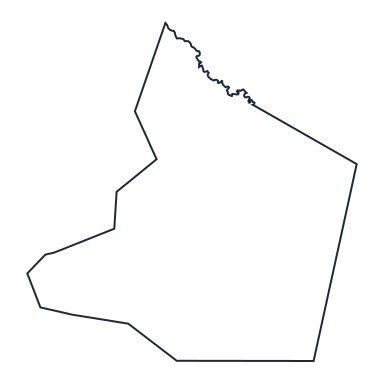 outline of Kainanatu District, Eastern Highlands, Papua New Guinea
{"feature_id": "67681753B29556691348440", "entity_name": "Kainanatu District", "entity_type": "district", "adm_level": 2, "iso_a3": "PNG", "parent_name": "Papua New Guinea", "parent_adm1": "Eastern Highlands", "projection": "mercator", "projection_center": [145.899, -6.248], "detail": "fine", "context": "isolated", "style": "outline", "palette": "slate", "viewbox_px": 384, "rotation_deg": 0, "n_neighbors": 0, "source": "geoboundaries", "source_scale": "gbopen_adm2", "svg_char_len": 1717}
<svg xmlns="http://www.w3.org/2000/svg" viewBox="0 0 384 384"><path d="M27.3,273.4L40.4,307.4L72.3,314.7L128.3,323.7L176.7,360.8L313.6,361.0L341.3,234.6L356.7,164.1L253.0,104.9L253.9,104.7L254.5,102.7L253.8,102.1L252.9,102.1L252.4,101.6L252.0,100.5L251.5,100.0L250.8,100.0L250.6,100.2L250.1,100.9L250.1,102.0L249.7,102.7L249.2,102.7L248.8,102.3L248.5,101.3L248.7,99.7L249.5,98.8L249.7,97.7L248.8,96.8L247.6,96.8L246.3,97.4L244.9,97.2L244.2,96.3L244.2,94.7L244.9,93.8L246.6,92.9L244.5,91.1L244.1,90.2L243.4,89.5L242.9,89.5L240.6,90.8L239.7,90.8L238.8,90.4L237.6,90.4L236.9,91.3L237.4,92.2L238.5,92.6L238.6,92.9L238.6,93.7L238.1,94.4L236.7,94.4L232.4,93.9L232.1,94.2L232.1,95.8L231.4,96.0L229.6,95.0L228.7,94.8L228.1,94.1L227.8,92.1L227.1,91.2L226.9,90.0L228.6,88.4L229.0,87.5L228.8,87.1L228.3,86.6L227.2,86.6L225.8,87.2L224.7,86.5L223.1,84.8L222.2,83.2L222.2,81.1L221.7,81.0L219.7,82.7L218.6,82.9L217.9,82.8L217.9,80.7L216.8,79.9L215.8,79.7L213.5,80.5L212.9,79.9L210.8,79.2L208.3,76.7L207.6,74.7L208.7,72.8L207.3,71.1L205.8,71.7L204.3,71.9L203.4,71.0L203.1,68.7L202.4,67.4L202.3,66.0L201.3,65.5L199.1,67.0L199.1,63.4L200.5,63.0L201.1,62.3L200.5,61.7L199.3,61.4L198.5,60.8L198.4,60.7L196.4,57.5L196.4,56.6L197.1,55.9L198.7,55.9L199.8,54.6L199.8,53.5L199.3,51.3L197.0,51.1L194.0,47.7L192.3,47.0L191.2,45.9L190.9,44.3L190.1,42.7L188.8,41.6L187.8,41.1L184.7,41.1L183.7,39.5L183.1,39.0L179.7,38.3L178.7,38.3L176.8,38.4L176.2,37.1L175.4,35.4L175.3,35.1L174.9,32.8L173.8,30.9L171.9,30.7L170.6,30.1L169.9,29.8L168.8,28.7L168.3,28.2L167.0,24.8L165.4,23.0L134.9,111.3L144.8,133.1L150.4,145.6L156.6,159.2L140.7,172.2L116.6,191.8L114.3,228.7L53.9,252.7L45.4,254.6L27.3,273.4Z" fill="none" stroke="#1e293b" stroke-width="2"/></svg>